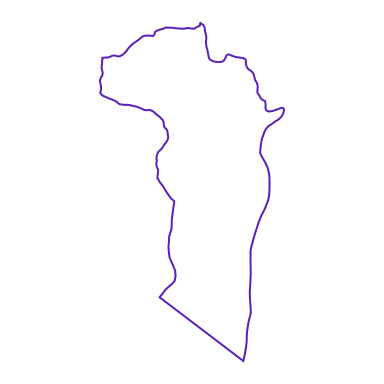 outline of Gelephu, Geylegphug, Bhutan
{"feature_id": "84629894B89985438544464", "entity_name": "Gelephu", "entity_type": "district", "adm_level": 2, "iso_a3": "BTN", "parent_name": "Bhutan", "parent_adm1": "Geylegphug", "projection": "mercator", "projection_center": [90.486, 26.911], "detail": "fine", "context": "isolated", "style": "outline", "palette": "violet", "viewbox_px": 384, "rotation_deg": 0, "n_neighbors": 0, "source": "geoboundaries", "source_scale": "gbopen_adm2", "svg_char_len": 5908}
<svg xmlns="http://www.w3.org/2000/svg" viewBox="0 0 384 384"><path d="M159.6,297.3L243.3,361.0L244.4,356.1L244.9,354.0L245.4,350.8L245.8,348.6L246.0,347.5L246.2,345.4L246.5,343.3L246.6,342.2L246.7,340.0L246.8,335.7L246.9,333.6L247.0,332.5L247.3,330.3L247.5,328.2L247.9,326.1L248.2,324.0L248.6,321.8L248.9,320.8L249.1,319.7L249.9,316.6L250.4,314.5L250.7,313.5L250.8,312.4L250.8,311.3L250.4,304.9L250.0,298.4L249.8,295.2L249.8,293.0L249.8,291.9L249.9,289.8L250.3,283.3L250.5,277.9L250.7,274.7L250.7,271.5L250.6,265.0L250.5,262.8L250.6,254.2L250.5,252.0L250.6,251.0L250.7,249.9L251.4,246.7L251.9,244.6L252.5,242.6L253.0,240.5L253.9,237.4L255.1,233.2L256.1,230.1L257.4,226.0L258.1,224.0L258.8,222.0L259.6,219.9L260.8,216.9L261.2,216.0L261.7,215.0L262.2,214.0L263.7,211.1L264.6,209.2L265.9,206.2L266.7,204.2L267.1,203.2L267.5,202.2L267.8,201.2L268.1,200.2L268.4,199.1L268.6,198.1L268.8,197.0L269.0,195.9L269.1,194.9L269.2,193.8L269.4,191.6L269.4,189.5L269.5,185.2L269.5,181.9L269.5,179.8L269.4,177.6L269.0,173.3L268.8,172.1L268.0,169.0L267.7,168.0L267.3,167.0L266.9,166.0L266.4,165.0L265.9,164.0L265.0,162.1L261.8,156.5L261.3,155.5L260.8,154.5L260.4,153.5L260.2,152.5L260.2,151.4L260.3,150.3L260.4,149.3L260.6,147.1L260.9,145.0L261.0,143.9L262.0,138.6L262.3,137.6L262.8,136.6L263.2,135.6L263.8,133.6L264.2,132.5L264.6,131.5L265.1,130.6L265.6,129.6L266.1,128.7L267.6,127.1L268.3,126.4L269.2,125.7L271.9,123.9L272.8,123.3L274.4,122.0L275.3,121.3L276.3,120.9L277.2,120.3L278.1,119.7L278.9,119.1L279.7,118.3L280.5,117.6L281.3,116.8L281.9,115.9L282.4,115.0L282.9,114.0L283.3,113.0L283.6,112.0L283.9,111.0L284.0,109.9L283.8,108.8L283.1,108.1L282.0,107.8L281.0,108.0L279.0,108.7L276.0,109.9L273.9,110.6L272.9,110.9L271.9,111.1L270.8,111.3L269.8,111.4L268.7,111.4L267.6,111.2L266.7,110.6L266.0,109.8L265.6,108.8L265.5,107.7L265.6,105.6L265.6,104.5L265.5,103.4L265.3,102.3L264.9,101.0L264.0,100.6L263.0,100.1L262.1,99.6L261.3,98.9L260.6,98.1L259.7,96.1L259.1,95.2L258.4,94.4L257.8,93.5L257.4,92.5L257.3,91.4L257.4,90.3L257.6,89.3L257.6,88.2L257.7,87.1L257.6,86.0L257.5,85.0L257.3,83.9L256.9,82.9L256.4,82.0L255.8,81.1L255.2,80.1L254.9,79.1L254.6,78.1L254.4,77.0L253.8,74.9L253.5,73.9L253.0,73.0L252.3,72.1L251.5,71.4L250.7,70.7L249.8,70.1L248.9,69.5L248.1,68.8L247.4,68.0L246.8,67.0L246.5,66.0L246.2,65.0L246.0,63.9L245.9,62.8L245.9,61.8L245.9,60.7L245.6,59.6L244.9,58.8L244.0,58.4L242.9,58.1L241.9,57.9L240.8,57.7L237.6,57.3L236.6,57.1L235.5,56.9L234.5,56.6L233.4,56.3L231.4,55.5L229.4,54.7L228.4,54.4L227.4,54.7L226.6,55.4L226.1,56.4L225.7,57.4L225.2,58.3L224.7,59.3L224.1,60.2L223.4,61.0L222.5,61.5L221.4,61.8L220.4,62.0L219.3,62.1L217.8,62.0L216.8,61.9L215.7,61.8L214.7,61.6L213.6,61.3L212.6,60.9L211.6,60.5L210.7,60.0L209.8,59.3L209.2,58.4L208.8,57.4L208.6,56.4L208.4,55.3L207.8,52.1L207.7,51.1L207.4,50.0L206.8,47.9L206.5,46.9L206.3,45.8L206.2,44.8L206.1,43.7L206.0,42.6L206.0,41.5L206.2,39.4L206.3,38.3L206.2,37.2L206.2,36.1L206.0,35.1L205.7,34.0L205.4,33.0L205.2,31.9L205.0,30.9L204.9,29.8L204.7,28.7L204.5,27.3L203.8,25.8L203.1,24.8L202.1,24.3L201.1,23.4L200.4,23.0L200.0,23.8L200.0,25.1L199.5,26.1L198.4,26.3L196.4,27.3L194.5,28.6L193.4,28.7L191.3,28.5L189.0,28.2L187.5,28.0L185.0,28.6L182.8,28.7L179.7,28.6L175.3,28.2L173.1,27.8L170.2,27.7L168.3,27.7L165.8,27.6L164.2,28.2L162.8,29.1L161.2,29.2L158.1,30.2L156.2,31.2L154.9,32.2L154.5,34.2L153.2,35.9L152.3,36.1L150.9,35.7L148.8,35.6L146.9,35.6L144.6,35.8L142.4,36.5L141.1,37.7L139.4,39.1L137.4,40.7L136.5,41.3L134.7,42.5L133.8,43.1L131.3,45.2L130.5,45.9L129.8,46.7L129.1,47.5L128.4,48.3L127.7,49.2L127.2,50.1L125.8,51.7L125.1,52.6L124.3,53.3L122.7,54.6L120.9,55.7L119.9,56.2L118.9,56.4L117.8,56.3L116.8,56.1L115.7,55.8L114.7,55.5L113.6,55.5L112.6,55.7L111.6,56.0L109.7,57.0L108.5,57.3L107.5,57.4L105.0,57.6L104.0,57.7L102.4,57.9L102.5,58.7L102.3,59.7L102.1,61.9L102.1,62.8L101.8,64.9L101.7,66.0L101.7,67.1L101.7,68.2L101.8,69.2L102.3,71.0L102.7,72.9L102.5,74.3L102.1,76.0L101.1,77.1L100.8,78.1L100.4,79.1L100.1,80.1L100.0,81.2L100.1,82.3L100.4,83.3L100.7,84.4L100.8,85.4L101.0,86.5L101.1,88.7L101.0,89.7L100.4,91.8L100.4,92.9L100.8,93.8L101.5,94.6L102.4,95.3L103.2,95.9L104.2,96.4L105.2,96.7L106.2,97.1L109.1,98.5L110.1,98.9L113.1,100.0L114.1,100.4L115.1,100.9L116.0,101.4L116.9,102.0L117.7,102.8L118.5,103.5L119.4,104.0L120.4,104.3L121.5,104.5L122.6,104.7L123.6,104.8L124.7,104.9L125.8,104.9L126.8,104.8L127.9,104.9L129.0,105.0L130.0,105.2L135.3,106.4L136.3,106.6L137.3,107.0L139.4,107.7L140.4,108.1L141.3,108.5L143.0,109.4L143.9,109.9L145.9,110.3L146.9,110.1L147.7,110.1L148.8,110.0L150.4,110.1L151.1,110.6L152.3,110.9L154.0,112.0L154.7,112.8L155.6,113.5L156.2,114.2L156.9,114.8L157.8,115.3L158.4,115.9L160.2,117.3L160.7,118.0L161.2,118.7L161.9,119.2L162.5,119.7L163.0,120.8L163.5,121.8L163.7,122.9L163.8,125.0L164.0,126.1L164.4,127.1L165.0,127.7L165.5,128.5L166.4,129.1L167.1,130.2L167.3,131.5L167.6,132.4L167.6,133.4L167.8,134.4L167.9,135.4L168.1,136.4L168.3,137.2L167.9,138.3L167.8,139.3L167.4,140.4L166.8,141.2L164.2,144.7L163.6,145.5L163.1,146.5L162.5,147.4L161.9,148.3L161.2,149.1L159.7,150.6L158.9,151.4L158.2,152.2L157.7,153.2L157.3,154.1L157.0,155.1L156.7,156.2L156.5,157.2L156.5,158.3L156.5,159.4L156.8,160.4L156.7,161.5L156.5,162.6L156.3,163.6L156.4,164.7L156.6,165.8L156.9,166.8L157.2,167.8L157.7,168.8L158.1,169.8L158.1,170.9L157.9,173.1L157.4,178.4L158.2,179.1L158.7,180.0L159.1,181.0L159.7,181.9L160.3,182.8L161.0,183.7L161.7,184.4L162.4,185.3L163.5,187.1L165.2,189.9L166.3,191.7L167.5,193.5L168.1,194.4L169.4,196.2L170.0,197.0L170.7,197.9L171.4,198.7L172.2,199.4L173.0,200.1L174.3,201.3L173.0,210.4L171.9,219.1L171.5,228.9L169.6,235.1L169.2,235.9L168.9,242.0L168.5,246.7L168.9,252.9L169.6,257.6L172.8,264.9L175.3,271.0L175.2,272.3L175.6,275.4L174.7,280.7L174.0,281.6L173.3,282.4L172.6,283.3L171.9,284.0L171.0,284.7L168.4,287.0L166.0,289.2L165.3,290.0L164.6,290.8L164.0,291.7L159.6,297.3Z" fill="none" stroke="#5b21b6" stroke-width="2"/></svg>